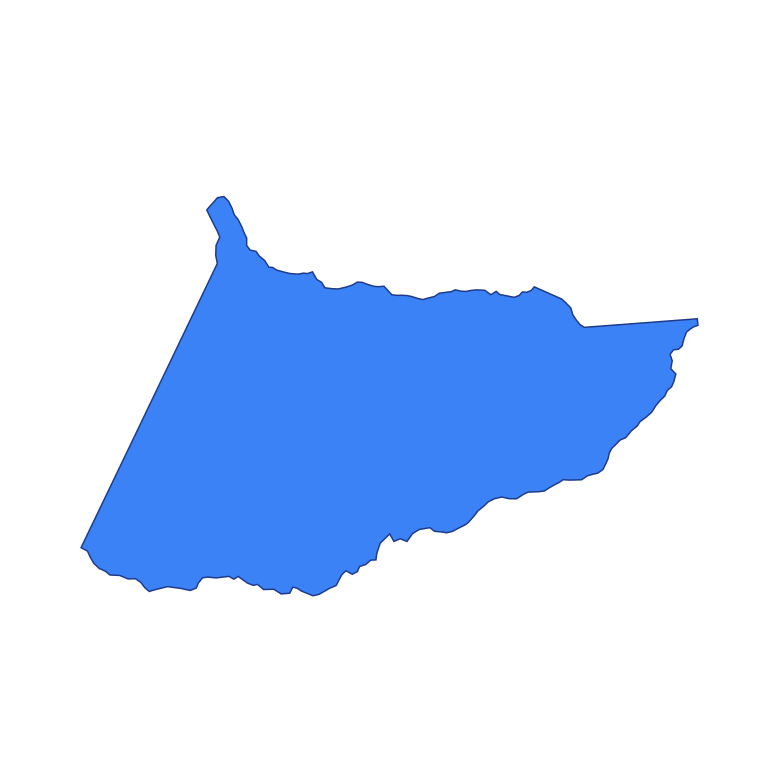 outline of Pedro Osório, Rio Grande do Sul, Brazil, rotated 174°
{"feature_id": "56859067B23145775816716", "entity_name": "Pedro Osório", "entity_type": "district", "adm_level": 2, "iso_a3": "BRA", "parent_name": "Brazil", "parent_adm1": "Rio Grande do Sul", "projection": "robinson", "projection_center": [-52.904, -31.981], "detail": "fine", "context": "isolated", "style": "filled", "palette": "blue", "viewbox_px": 768, "rotation_deg": 174, "n_neighbors": 0, "source": "geoboundaries", "source_scale": "gbopen_adm2", "svg_char_len": 2628}
<svg xmlns="http://www.w3.org/2000/svg" viewBox="0 0 768 768"><g transform="rotate(174 384 384)"><path d="M702.4,252.9L696.4,248.9L694.2,242.4L691.4,236.1L686.6,230.4L680.6,226.9L676.5,222.7L666.8,221.2L659.0,216.9L651.5,216.3L646.5,212.0L643.3,206.6L639.1,202.2L633.8,203.3L620.4,205.1L607.3,201.9L598.2,198.9L592.0,200.7L589.4,205.5L584.8,210.2L579.6,210.4L571.2,208.7L558.3,208.9L553.7,205.6L549.2,207.9L540.8,200.4L535.1,197.4L530.7,197.9L525.3,192.2L515.1,191.4L508.2,186.0L499.6,185.8L496.0,191.5L491.6,189.9L487.9,186.8L476.7,180.8L470.5,181.6L459.5,186.5L452.7,188.6L445.8,198.9L441.3,202.2L435.5,198.1L430.1,200.2L427.3,205.1L421.0,206.4L415.6,210.2L410.4,209.9L408.9,216.3L404.4,226.1L394.0,234.3L390.6,226.4L384.1,228.4L377.6,225.0L371.3,232.2L364.3,235.6L353.4,236.3L349.1,232.2L342.5,230.9L337.3,229.5L331.5,230.2L326.3,232.3L321.1,234.3L317.2,235.8L313.8,238.2L308.9,242.7L303.7,248.1L297.4,252.2L292.8,255.8L286.6,258.3L278.8,259.3L271.3,256.8L264.1,256.0L257.1,259.6L252.1,261.4L247.2,261.1L241.3,260.7L235.5,260.9L230.7,263.4L224.9,266.0L220.5,267.6L215.8,270.1L210.0,269.1L204.1,268.6L197.5,268.1L191.4,271.4L185.2,272.5L180.9,272.9L175.3,276.0L171.6,281.7L169.0,286.3L167.3,291.5L164.4,296.0L160.6,299.0L155.0,303.6L149.2,305.4L142.9,311.6L136.7,315.7L133.3,319.8L127.2,323.4L120.7,328.0L115.8,334.2L111.0,338.8L106.1,342.6L102.9,348.0L98.3,351.2L95.5,356.1L92.7,363.4L97.2,369.2L94.9,377.0L96.4,383.6L92.5,387.7L87.5,387.8L83.6,390.6L80.8,398.0L77.8,403.9L73.7,406.7L70.0,408.5L65.6,409.5L65.6,416.1L178.8,419.4L182.8,422.5L185.9,427.2L189.0,433.1L190.2,440.0L195.4,446.6L198.5,450.0L224.4,464.9L227.8,461.6L232.5,460.3L236.8,461.1L240.1,458.0L245.4,456.6L250.0,458.0L254.9,459.5L259.7,461.0L262.7,464.4L268.3,461.6L274.1,466.7L281.9,467.9L287.5,468.0L292.7,467.5L297.4,468.2L303.2,470.2L307.4,468.8L313.4,468.7L319.6,468.5L324.8,465.7L331.1,464.9L336.6,463.9L341.6,465.6L347.0,468.0L351.8,469.5L357.0,470.4L361.0,470.7L366.9,471.9L370.7,477.1L373.8,481.2L379.6,481.4L384.1,482.3L390.0,484.8L395.1,487.4L399.9,488.1L405.5,485.6L411.8,484.3L419.7,483.3L426.1,484.3L432.6,485.8L435.6,491.8L440.0,495.0L443.4,503.0L448.6,501.8L452.5,502.7L457.9,502.2L462.2,503.0L466.3,503.8L470.8,505.4L474.7,506.9L479.0,508.6L482.5,511.5L486.4,512.3L489.7,519.2L494.7,524.3L497.4,529.3L503.2,531.2L506.1,536.1L505.3,543.5L507.3,548.9L509.0,555.3L512.1,563.2L515.2,567.8L516.7,574.5L519.5,582.0L523.6,587.2L530.1,586.7L534.4,582.7L538.7,578.9L542.1,575.6L539.6,568.6L536.6,560.7L533.6,552.9L532.0,547.3L536.5,539.4L537.9,529.6L537.2,521.2L645.8,344.7L702.4,252.9Z" fill="#3b82f6" stroke="#1e3a8a" stroke-width="1.5"/></g></svg>